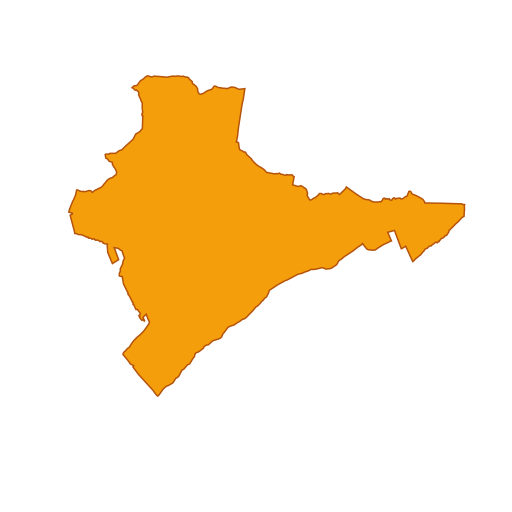 outline of Dagata, Iasi, Romania, rotated 284°
{"feature_id": "2599482B86664490925481", "entity_name": "Dagata", "entity_type": "district", "adm_level": 2, "iso_a3": "ROU", "parent_name": "Romania", "parent_adm1": "Iasi", "projection": "natural_earth1", "projection_center": [27.196, 46.933], "detail": "fine", "context": "isolated", "style": "filled", "palette": "amber", "viewbox_px": 512, "rotation_deg": 284, "n_neighbors": 0, "source": "geoboundaries", "source_scale": "gbopen_adm2", "svg_char_len": 6072}
<svg xmlns="http://www.w3.org/2000/svg" viewBox="0 0 512 512"><g transform="rotate(284 256 256)"><path d="M96.3,194.2L96.3,194.6L97.9,195.6L104.7,198.2L107.5,200.2L108.2,200.9L109.0,202.1L111.9,205.2L113.1,206.2L117.8,207.7L119.6,209.6L121.1,210.3L127.2,211.7L128.7,213.3L133.9,215.9L135.2,217.7L141.3,219.6L143.4,220.6L145.8,220.5L147.6,221.2L148.6,222.9L150.0,224.3L153.8,227.3L155.5,227.6L156.3,228.0L156.5,228.5L157.6,229.6L158.5,231.4L163.2,234.5L165.6,238.3L166.0,239.2L167.6,241.2L169.2,242.2L173.2,242.9L173.8,243.5L180.3,246.2L180.4,246.6L181.5,247.7L183.9,251.6L186.8,254.0L189.1,256.5L191.1,258.0L192.0,259.6L193.8,261.3L202.6,266.4L206.5,268.2L208.1,269.8L211.4,271.7L213.0,272.3L215.3,274.0L217.2,274.5L218.2,275.7L219.0,276.2L223.3,277.1L224.9,277.1L226.3,277.6L232.9,283.6L239.3,290.4L239.9,291.6L248.6,301.3L250.3,304.8L252.2,307.1L253.9,309.9L256.2,312.6L256.5,313.1L256.6,314.3L257.8,317.5L260.6,322.8L260.7,324.2L260.2,326.9L261.7,331.0L262.5,332.2L266.9,336.2L268.4,336.8L270.7,337.2L271.9,338.0L274.1,340.0L276.5,341.6L284.3,348.8L289.2,352.6L292.7,355.9L293.9,356.3L289.8,361.5L289.4,362.6L289.2,363.4L289.9,367.9L290.7,370.3L293.1,372.2L298.1,377.1L301.5,381.4L302.7,382.5L303.3,383.8L310.9,378.1L314.3,384.2L298.2,395.2L298.5,395.9L299.1,396.3L301.7,398.9L288.5,409.4L289.8,410.5L291.5,411.3L297.4,415.7L299.6,416.6L301.2,417.6L303.7,418.5L305.1,420.4L306.4,421.0L307.9,422.3L308.2,423.6L309.8,424.4L310.8,425.6L311.8,426.1L313.0,427.3L312.6,428.6L313.6,429.1L314.3,430.2L315.0,429.9L315.9,430.8L317.3,431.3L319.6,433.8L321.6,434.8L322.1,435.9L326.0,437.3L327.8,437.1L328.6,438.1L329.5,438.4L331.1,439.5L335.3,441.9L338.2,443.9L343.1,446.5L344.8,448.3L349.5,447.3L351.1,447.2L355.2,446.0L356.4,446.0L356.0,444.5L356.4,443.2L352.4,424.7L348.3,407.0L349.2,406.6L351.2,404.4L351.9,402.6L353.3,397.1L353.9,392.7L354.1,392.2L355.7,390.9L356.2,389.6L355.5,388.7L350.8,388.1L349.6,386.6L348.1,385.4L346.8,384.0L346.5,382.7L347.0,381.8L347.0,381.2L345.9,378.8L345.9,378.4L344.9,377.4L345.7,376.6L345.9,376.2L345.9,375.8L344.6,374.6L343.1,374.3L342.7,372.8L343.8,371.4L343.0,370.3L343.3,369.8L343.3,369.1L342.5,368.1L342.6,367.5L343.0,367.4L343.2,367.0L343.2,366.4L342.4,365.4L341.0,365.2L338.8,364.1L338.6,362.8L338.0,361.5L337.0,358.0L336.9,355.6L337.6,353.4L337.8,352.3L337.4,349.0L337.6,345.7L338.2,344.5L340.0,339.1L344.8,327.0L342.5,326.3L335.9,322.2L337.1,319.8L336.7,319.2L335.7,315.7L335.0,314.5L334.2,314.0L334.1,312.8L334.3,311.2L333.7,310.0L333.3,308.2L332.4,307.6L331.8,306.2L332.4,304.8L332.3,303.5L331.9,302.4L330.4,301.8L326.8,299.2L325.9,297.8L324.6,296.8L323.5,295.5L323.5,294.4L327.1,291.0L329.5,290.8L332.8,288.7L333.3,287.9L333.5,287.2L334.0,286.7L334.0,285.8L334.7,284.2L335.1,282.6L334.0,280.8L333.6,279.3L334.0,274.3L342.3,273.8L342.6,272.4L343.5,271.4L342.5,267.8L342.4,265.9L341.5,265.5L341.3,265.1L341.6,261.4L341.3,260.2L341.9,259.3L342.1,258.7L341.0,257.2L341.0,255.7L340.4,255.1L340.2,254.5L339.7,245.9L341.5,243.5L342.7,240.8L343.6,237.3L344.7,234.5L346.6,231.2L348.1,229.0L349.1,228.1L352.0,222.7L354.2,220.6L354.2,219.9L354.0,219.0L354.7,217.1L355.0,215.1L355.5,214.4L356.6,213.6L361.5,211.7L362.0,210.9L361.8,209.4L367.6,209.1L376.6,207.9L399.8,205.8L405.2,205.7L415.7,204.7L413.7,199.4L413.7,198.6L414.4,195.0L414.4,193.6L414.0,191.1L411.3,187.4L411.4,186.3L410.6,182.2L410.8,181.1L410.3,179.3L410.5,177.7L411.0,175.8L410.9,175.0L410.6,174.3L408.1,173.3L406.7,172.4L405.1,169.5L403.6,167.8L401.1,165.6L400.0,163.9L399.4,162.7L399.5,162.0L400.2,160.8L402.5,159.3L404.1,158.9L405.5,157.6L406.6,156.0L407.4,154.4L407.8,152.9L408.3,152.4L409.7,152.0L409.9,151.7L411.4,148.7L412.6,147.4L412.9,146.3L412.6,143.3L412.9,141.9L412.1,139.9L411.9,136.9L410.5,133.1L410.6,132.5L410.4,131.5L408.0,126.5L406.8,118.7L406.1,115.2L406.1,114.1L404.5,111.6L404.4,110.1L404.7,108.6L404.5,106.9L402.7,105.2L400.3,103.7L398.0,101.4L393.2,99.5L392.5,98.8L391.6,96.5L389.3,95.0L389.0,96.4L387.7,98.4L387.6,98.9L388.1,99.8L386.8,102.2L385.2,103.1L383.9,103.2L380.8,105.5L380.1,106.2L378.8,106.9L377.0,108.6L371.7,109.9L368.2,111.3L367.4,111.4L366.7,110.9L366.3,110.9L364.6,111.6L364.8,112.2L352.1,114.9L348.5,113.1L345.2,109.8L340.3,108.7L338.7,108.0L331.8,103.3L326.2,99.9L325.9,98.8L324.8,97.5L321.7,95.0L320.3,89.7L320.0,89.1L319.4,88.8L318.4,85.4L318.0,85.1L314.6,86.6L314.4,88.0L314.0,88.8L312.7,90.1L312.3,90.9L312.2,93.5L312.0,94.1L310.3,94.4L307.9,96.6L307.0,97.9L304.0,100.4L301.3,100.7L298.5,98.3L297.8,98.1L296.9,97.2L296.6,96.2L295.1,94.5L292.9,92.9L291.4,92.4L289.8,91.5L285.8,89.7L282.0,85.4L280.9,83.9L278.1,81.8L279.4,79.9L279.0,77.9L276.9,74.4L277.0,72.8L276.4,71.8L276.4,68.9L276.8,67.7L276.9,66.9L276.7,66.0L271.4,66.2L266.5,65.4L264.7,64.9L256.0,63.7L253.3,63.7L253.1,67.4L252.3,67.7L250.6,65.8L235.5,74.1L234.0,74.7L234.3,76.3L233.8,78.6L234.3,80.4L234.2,83.6L233.9,84.2L234.0,85.0L233.5,86.2L233.6,86.6L233.3,87.1L233.8,88.2L233.6,88.6L232.8,89.1L233.3,91.4L232.6,93.0L232.9,93.6L233.4,94.1L233.4,95.0L232.9,95.5L232.9,96.0L232.5,96.5L232.8,97.3L232.8,97.8L233.2,98.7L232.8,99.7L232.8,100.4L232.2,101.1L232.8,102.3L232.7,103.3L232.2,103.7L232.1,104.2L231.6,104.4L231.4,105.3L231.3,106.6L231.6,109.0L229.7,109.2L223.4,111.4L213.9,118.5L219.2,123.6L229.8,116.4L230.1,120.2L229.9,121.0L228.9,123.0L228.7,124.7L228.3,125.0L225.7,126.5L222.1,129.0L219.3,128.3L215.4,128.4L210.9,127.4L208.5,128.0L206.1,127.6L203.7,128.1L203.5,128.4L203.5,130.0L203.8,131.1L196.8,134.2L188.7,141.1L188.3,140.9L187.7,141.2L187.0,142.3L185.7,143.6L181.2,147.4L181.2,147.9L179.3,148.4L179.3,149.0L175.0,152.5L175.4,153.9L173.6,156.0L173.1,157.0L171.6,157.7L169.8,156.8L169.4,157.9L168.6,157.6L167.7,158.5L166.1,160.5L166.0,161.0L167.2,161.8L165.8,163.3L166.2,163.6L169.2,161.2L173.0,163.6L169.4,165.9L166.0,168.7L164.0,168.3L159.8,166.8L155.5,165.0L151.6,162.6L147.4,159.6L146.4,159.3L145.2,158.3L141.3,156.6L136.5,155.0L135.3,153.7L132.7,152.4L130.9,151.2L129.9,150.8L128.3,150.7L123.6,157.1L120.8,160.3L120.3,162.9L119.8,164.0L118.6,163.4L112.5,170.9L100.3,189.2L99.0,190.5L96.3,194.2Z" fill="#f59e0b" stroke="#b45309" stroke-width="1.5"/></g></svg>